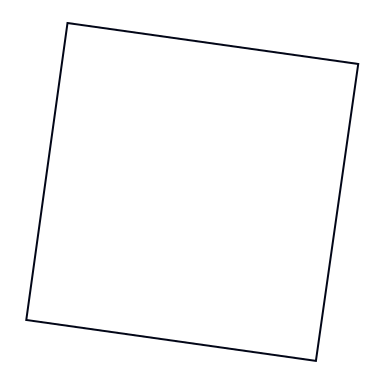 Hansford, Texas, United States of America, rotated 188°
{"feature_id": "52423323B90257338049784", "entity_name": "Hansford", "entity_type": "district", "adm_level": 2, "iso_a3": "USA", "parent_name": "United States of America", "parent_adm1": "Texas", "projection": "albers", "projection_center": [-101.355, 36.277], "detail": "fine", "context": "isolated", "style": "outline", "palette": "ink", "viewbox_px": 384, "rotation_deg": 188, "n_neighbors": 0, "source": "geoboundaries", "source_scale": "gbopen_adm2", "svg_char_len": 232}
<svg xmlns="http://www.w3.org/2000/svg" viewBox="0 0 384 384"><g transform="rotate(188 192 192)"><path d="M45.8,42.0L45.2,341.9L338.8,342.0L338.8,340.4L338.3,42.2L45.8,42.0Z" fill="none" stroke="#020617" stroke-width="2"/></g></svg>